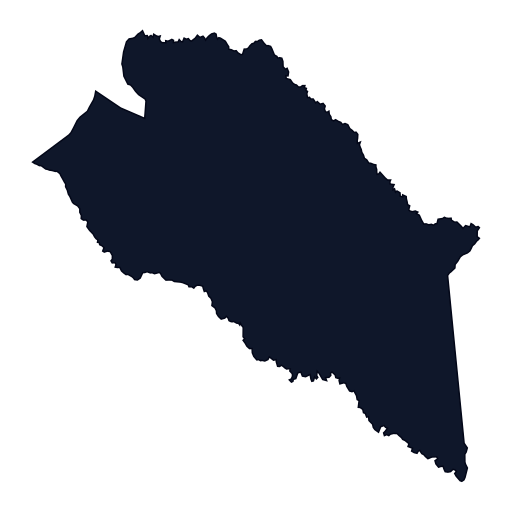 Aporé, Goiás, Brazil (Equal Earth projection)
{"feature_id": "56859067B20436307532870", "entity_name": "Aporé", "entity_type": "district", "adm_level": 2, "iso_a3": "BRA", "parent_name": "Brazil", "parent_adm1": "Goiás", "projection": "equal_earth", "projection_center": [-52.039, -18.806], "detail": "fine", "context": "isolated", "style": "filled", "palette": "ink", "viewbox_px": 512, "rotation_deg": 0, "n_neighbors": 0, "source": "geoboundaries", "source_scale": "gbopen_adm2", "svg_char_len": 5964}
<svg xmlns="http://www.w3.org/2000/svg" viewBox="0 0 512 512"><path d="M463.9,479.9L465.0,477.5L467.4,468.0L465.5,464.2L464.9,462.1L464.8,454.3L466.2,452.0L467.3,447.9L464.1,443.2L447.6,275.5L449.4,272.9L450.8,271.9L454.9,268.0L455.1,264.5L457.6,261.4L460.3,256.8L462.8,254.8L467.4,252.9L469.9,250.9L471.3,248.2L472.4,245.7L474.6,243.9L476.7,241.0L478.1,239.9L479.4,238.3L477.2,236.7L477.2,234.4L477.3,230.8L479.4,227.7L478.1,226.5L475.7,227.2L473.0,224.7L471.1,223.6L469.9,226.9L465.6,225.6L463.0,228.4L461.1,226.1L456.9,222.0L454.6,222.2L451.4,220.2L451.1,218.2L448.5,218.4L446.1,218.1L444.4,217.3L442.7,218.5L438.1,219.2L437.0,223.6L435.3,223.8L433.4,225.2L431.4,224.3L428.7,224.8L426.2,223.9L423.7,224.0L421.5,220.1L419.3,215.2L416.3,213.5L417.8,212.1L415.3,211.0L412.4,211.7L410.1,211.1L408.7,209.9L409.7,205.8L407.6,204.6L407.0,201.3L406.4,199.0L406.2,196.5L402.7,194.9L402.6,197.0L400.2,196.2L400.0,192.8L397.0,191.0L395.5,192.2L394.5,188.8L393.0,189.8L392.9,187.4L394.1,184.6L390.2,184.1L389.8,182.0L390.6,180.0L387.5,180.0L385.1,177.9L380.0,172.2L378.8,173.9L377.2,174.4L376.7,172.2L376.7,169.5L375.9,167.0L375.9,164.9L373.7,164.5L370.8,163.3L368.8,163.1L366.7,159.8L364.4,158.3L363.5,155.2L361.8,152.3L361.2,149.4L360.3,147.4L359.4,144.8L360.3,142.1L357.4,143.4L357.2,140.7L357.6,138.3L357.8,134.4L356.1,132.2L354.0,132.4L352.3,130.5L349.8,128.6L347.8,124.7L345.0,123.5L342.5,124.5L340.7,122.3L338.5,121.5L335.6,119.7L333.6,120.9L331.3,119.6L330.9,116.8L329.3,114.3L328.9,111.2L327.0,112.4L325.4,111.6L324.4,108.9L325.2,106.0L323.1,103.4L320.1,104.2L317.3,101.6L315.7,102.9L313.2,99.0L310.7,99.0L309.5,97.3L307.5,97.7L306.8,93.7L307.5,91.4L305.8,90.4L306.4,88.4L304.3,87.6L304.9,85.6L302.5,85.6L300.6,87.0L298.4,87.0L296.5,85.0L294.7,84.5L292.6,83.0L290.3,79.6L286.2,78.5L285.9,75.7L288.0,75.9L288.6,72.0L287.1,68.3L285.5,69.3L283.1,66.8L282.9,61.4L281.8,58.2L279.5,57.7L277.8,58.2L276.9,56.4L274.4,55.0L271.8,48.6L270.6,46.4L268.1,45.6L266.5,45.8L264.0,43.2L261.5,39.8L259.3,40.2L257.5,41.5L255.4,41.4L253.8,43.3L252.0,43.7L249.9,45.8L248.3,48.1L246.4,49.1L244.2,49.1L242.5,54.5L240.8,54.6L237.9,52.8L236.2,50.7L233.9,51.0L231.3,49.7L228.7,49.2L228.7,46.7L227.3,44.6L225.3,41.2L220.4,38.1L218.8,37.7L217.6,39.1L216.5,36.7L216.1,34.1L214.4,33.1L211.6,33.9L209.3,35.6L207.3,37.6L205.6,40.1L204.7,38.2L203.0,36.2L199.9,37.4L197.4,35.2L195.3,38.1L191.3,41.2L189.8,40.4L188.4,38.6L186.4,39.2L184.1,38.1L182.6,41.8L181.0,41.6L179.2,39.6L178.1,42.0L175.8,42.1L173.4,42.6L173.5,40.3L171.8,39.4L169.9,40.4L168.0,41.2L165.7,40.7L165.8,42.8L161.8,42.6L160.4,41.3L159.3,39.0L160.2,36.0L158.4,36.5L156.4,35.9L153.7,34.2L153.0,37.3L151.0,35.5L149.3,36.5L147.9,38.4L147.3,35.6L144.8,35.8L142.5,30.7L140.1,32.8L138.1,34.0L134.8,37.5L132.7,38.3L129.1,38.9L126.5,41.8L123.6,51.9L121.9,64.0L122.8,66.9L123.9,76.2L127.9,84.2L130.5,84.9L132.7,87.2L135.5,91.2L138.6,94.6L145.1,99.0L146.0,101.1L144.7,118.4L120.6,108.0L95.7,91.2L94.8,96.2L93.5,100.0L89.3,107.4L87.4,111.3L80.1,117.1L77.2,120.6L73.5,128.0L71.0,132.7L68.9,135.0L32.6,162.1L34.9,163.6L36.8,164.2L39.3,165.6L41.3,165.7L45.7,169.0L47.7,169.4L49.4,170.1L52.1,170.5L55.4,171.4L57.0,171.3L59.9,173.6L61.1,176.1L62.6,178.7L64.5,182.2L65.7,184.0L65.6,186.7L67.3,190.1L68.4,194.2L69.9,196.5L72.4,202.1L73.6,203.5L77.7,205.9L79.8,208.7L79.8,212.3L81.4,215.5L81.2,218.6L83.4,220.1L86.2,220.0L87.8,221.9L86.9,226.6L89.6,230.4L93.2,234.1L94.6,236.8L96.2,238.8L97.9,239.9L97.5,242.3L99.2,242.5L99.7,244.7L101.8,245.6L104.0,247.6L102.7,251.1L104.3,252.1L107.3,251.1L110.2,251.6L112.4,255.6L112.3,259.2L111.0,260.8L112.2,262.9L115.0,262.7L116.0,264.5L115.2,267.1L117.4,267.5L119.8,267.4L121.5,270.9L123.7,272.9L126.0,274.6L128.0,274.4L131.9,276.6L133.4,277.9L134.6,279.6L137.4,280.0L140.2,278.1L142.7,272.7L144.8,272.5L147.1,271.7L150.3,272.9L152.2,272.7L154.5,273.7L159.4,272.4L160.7,273.7L162.0,276.3L165.9,280.1L169.0,280.0L172.0,280.1L174.3,281.5L180.6,282.1L182.7,282.6L188.2,284.8L189.0,286.8L191.8,286.8L193.8,288.1L195.2,286.3L197.2,285.2L200.0,285.3L202.7,286.2L203.5,289.1L204.3,291.5L206.2,290.9L207.5,292.4L208.8,296.2L211.0,298.3L212.4,301.8L211.9,305.6L215.0,307.9L216.4,310.7L216.6,313.5L218.5,316.5L221.2,319.1L224.8,318.1L226.3,316.3L228.2,318.2L229.0,320.6L230.4,321.4L232.0,321.8L233.8,321.5L236.6,323.1L238.6,323.4L239.7,324.9L240.2,322.9L241.8,325.6L243.2,327.4L243.1,336.8L244.7,338.7L243.1,340.3L245.2,343.2L246.9,346.2L249.5,348.6L252.1,348.5L252.3,352.8L253.8,356.4L256.8,359.9L258.8,359.6L260.5,360.7L262.2,360.4L264.8,361.0L267.9,359.6L269.3,356.8L273.5,360.2L276.1,359.6L276.3,361.9L277.6,366.3L279.5,366.5L281.5,365.2L283.2,366.4L285.0,368.0L286.6,369.0L288.7,368.7L290.3,369.0L289.8,371.0L292.3,373.7L292.5,376.1L291.4,378.9L289.3,379.9L291.4,382.1L292.9,381.4L293.3,379.4L295.8,378.6L297.8,372.9L300.8,372.0L302.4,376.1L305.6,376.7L310.1,374.5L310.9,379.0L311.8,381.3L313.4,380.9L314.6,376.9L316.4,378.9L317.8,377.4L316.7,375.6L317.2,371.2L319.1,373.3L322.7,379.5L326.6,380.6L325.5,377.6L329.0,377.3L330.8,375.4L330.5,373.3L332.0,372.0L335.2,375.0L335.8,377.6L337.9,378.3L339.6,377.9L339.1,380.5L339.9,383.9L343.7,382.8L345.8,383.4L346.8,386.4L349.6,391.0L352.0,391.7L353.9,390.8L356.5,395.7L357.2,399.6L359.1,400.6L358.3,407.3L360.2,407.5L362.8,409.4L363.5,412.7L365.3,413.4L366.7,417.1L368.5,416.6L369.0,420.6L372.6,424.2L373.3,427.4L374.9,429.6L378.5,432.2L380.7,426.7L384.1,425.5L385.5,427.3L387.5,428.2L385.2,431.3L383.6,432.9L384.4,435.6L386.7,434.6L388.8,435.6L390.3,434.2L393.5,433.4L397.2,433.6L398.8,435.3L401.5,437.6L402.7,439.4L405.1,440.5L409.0,443.7L408.0,446.5L412.5,448.2L411.6,451.1L414.2,452.6L417.0,453.3L418.2,451.2L419.7,450.4L421.8,453.6L423.9,454.7L425.3,456.4L427.9,458.7L431.9,457.0L436.6,456.8L437.8,458.8L435.0,460.7L435.9,463.9L438.6,467.2L440.6,466.5L443.0,466.2L444.2,469.6L445.2,471.7L447.9,472.1L450.6,471.6L453.0,469.3L454.8,469.8L456.4,471.4L454.7,473.5L456.2,476.2L460.1,480.7L461.8,481.3L463.9,479.9Z" fill="#0f172a" stroke="#020617" stroke-width="1.5"/></svg>